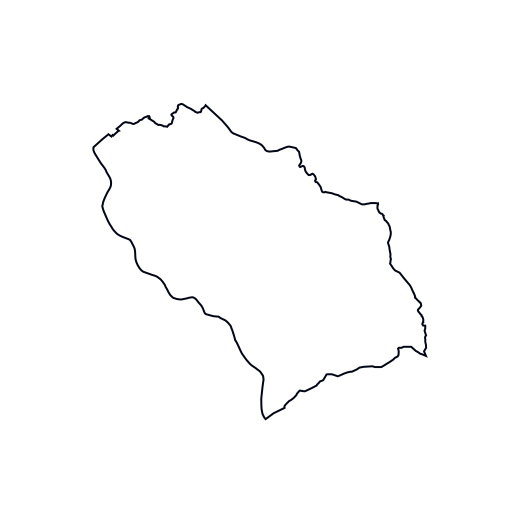 Remeti, Maramures, Romania, rotated 220°
{"feature_id": "2599482B63356743663570", "entity_name": "Remeti", "entity_type": "district", "adm_level": 2, "iso_a3": "ROU", "parent_name": "Romania", "parent_adm1": "Maramures", "projection": "robinson", "projection_center": [23.579, 47.979], "detail": "fine", "context": "isolated", "style": "outline", "palette": "ink", "viewbox_px": 512, "rotation_deg": 220, "n_neighbors": 0, "source": "geoboundaries", "source_scale": "gbopen_adm2", "svg_char_len": 6094}
<svg xmlns="http://www.w3.org/2000/svg" viewBox="0 0 512 512"><g transform="rotate(220 256 256)"><path d="M221.3,358.7L223.0,357.3L224.3,356.8L227.5,356.4L231.1,355.5L232.1,355.5L235.0,354.0L238.1,352.9L243.4,349.9L244.2,349.6L244.4,348.9L245.1,348.3L245.5,348.0L246.2,347.8L246.5,347.8L247.7,348.3L250.8,350.4L253.2,351.1L256.4,351.8L256.8,351.7L257.6,351.1L258.0,351.1L258.8,351.4L259.3,351.9L259.3,352.4L259.2,352.9L259.3,353.2L260.6,354.2L261.7,354.9L264.0,355.5L265.5,355.4L265.8,355.1L266.5,353.0L267.0,352.4L267.6,351.9L268.5,351.9L271.0,352.3L272.5,352.8L273.8,353.5L275.5,355.0L276.5,355.4L277.4,355.4L278.2,354.9L279.2,352.8L279.5,352.5L280.3,352.6L281.1,353.1L281.3,354.2L281.3,355.6L281.9,357.4L282.4,358.0L283.3,358.7L285.0,359.6L286.7,360.8L290.0,363.5L292.2,363.7L294.9,364.3L300.3,361.5L301.3,360.8L302.2,359.7L303.2,358.1L305.6,353.6L306.2,352.7L307.0,350.6L308.2,349.3L310.6,346.9L312.0,345.4L313.4,344.2L315.4,343.3L317.2,343.2L319.1,344.0L321.2,344.4L323.1,344.6L325.4,344.3L326.8,344.0L329.1,343.2L332.6,341.7L335.0,340.6L337.7,339.8L339.4,339.6L340.8,339.2L345.0,337.6L346.1,337.3L348.8,336.4L351.2,335.7L351.7,335.4L353.4,335.2L354.6,335.2L358.6,336.2L360.8,336.7L369.3,338.0L391.5,339.1L391.3,338.1L391.4,336.4L391.5,335.5L392.0,334.5L392.1,333.8L392.0,333.2L391.4,332.3L391.0,331.4L390.9,330.6L391.3,330.4L392.4,329.0L392.9,328.1L395.2,327.4L396.3,327.5L398.9,327.0L399.9,327.0L404.3,325.8L409.4,325.2L410.9,324.6L411.9,322.9L412.5,321.6L412.4,321.1L412.0,320.2L411.0,319.5L410.7,319.0L410.7,318.1L410.4,317.7L410.6,317.4L410.4,316.3L410.0,315.3L409.9,314.5L409.9,314.3L410.0,314.1L411.0,313.3L411.8,310.1L411.7,309.9L410.7,309.4L408.9,309.4L408.5,309.2L408.0,308.7L407.7,308.3L407.5,307.0L406.3,304.4L405.8,303.3L405.9,302.8L407.0,301.1L406.9,301.0L407.2,300.6L407.1,297.9L407.7,297.7L409.1,296.8L410.1,296.0L411.3,295.9L413.2,295.1L414.2,294.5L414.7,294.1L414.7,293.9L414.9,293.7L416.0,293.4L417.0,293.4L418.3,293.0L418.8,293.0L419.7,293.3L421.3,293.3L422.5,293.0L424.6,292.8L426.1,292.5L425.9,293.0L425.9,293.3L426.9,294.0L427.3,293.6L427.6,293.5L427.6,294.2L427.7,294.3L427.9,294.4L428.3,294.0L428.9,293.5L429.6,291.9L430.5,290.5L430.8,289.6L431.0,287.7L431.1,287.1L432.5,285.0L432.4,283.7L432.7,282.4L433.9,280.0L434.2,279.1L434.5,278.7L435.0,278.1L437.3,277.4L438.6,276.8L439.4,276.1L441.9,274.8L442.5,273.9L442.6,273.5L443.0,273.0L443.4,271.1L443.6,268.9L444.5,263.8L441.5,263.8L441.8,263.3L441.9,262.8L442.5,258.6L442.7,256.5L443.6,256.5L443.5,254.6L447.3,254.4L448.8,246.2L450.4,234.9L449.3,233.3L448.4,232.5L447.1,231.7L444.8,230.7L437.8,228.4L434.2,227.3L428.5,226.0L426.2,225.2L424.4,224.2L418.4,222.1L416.9,221.3L415.7,220.5L414.4,219.3L413.1,217.7L412.2,216.2L411.5,214.0L410.7,209.1L409.3,203.7L408.0,199.7L406.0,195.8L405.7,195.3L404.5,194.4L401.6,192.5L394.4,188.9L391.5,187.5L388.7,186.4L385.8,185.5L383.6,184.7L381.1,184.1L377.5,183.7L376.0,183.7L373.3,184.1L370.7,184.8L364.6,186.9L363.0,187.3L362.4,187.3L362.3,187.2L360.3,186.6L355.6,184.6L353.7,183.6L351.6,181.8L347.9,177.8L346.3,176.2L343.9,174.5L340.9,173.0L337.3,171.8L334.4,171.3L332.2,171.5L323.3,174.8L321.0,175.8L320.1,176.1L318.2,176.6L314.1,176.8L311.1,176.3L307.1,175.2L305.7,174.4L301.9,173.0L300.3,172.2L296.7,171.0L293.1,170.7L291.9,171.0L288.9,172.2L286.1,174.0L285.0,175.0L282.6,178.0L281.7,179.1L281.1,180.2L279.0,182.7L278.1,183.6L277.2,184.0L275.7,184.3L273.8,184.3L270.3,183.5L266.2,182.9L264.1,182.2L262.5,181.5L260.7,180.4L258.7,179.4L257.5,179.2L256.7,179.4L250.1,182.4L245.6,185.5L243.4,185.6L238.5,186.9L236.2,187.0L234.5,186.9L231.1,186.3L230.2,186.0L227.9,184.6L226.8,184.1L221.1,180.5L217.8,178.1L217.5,178.0L217.3,178.1L213.7,176.7L205.5,172.8L203.6,172.1L196.6,170.3L191.4,169.5L189.3,169.4L184.3,169.9L178.9,170.1L177.9,170.0L173.8,168.8L172.9,168.2L170.8,166.2L166.8,159.8L160.2,150.0L155.6,144.7L153.6,142.6L150.7,140.1L149.1,139.0L146.1,137.7L143.8,137.2L141.4,147.0L136.5,158.0L137.3,158.8L137.7,159.4L137.8,161.1L137.7,162.7L137.4,166.1L136.7,167.9L136.0,170.9L135.8,172.5L135.7,175.5L136.1,176.7L136.1,179.7L136.0,181.0L132.5,183.1L131.7,183.7L131.0,185.0L130.2,186.7L128.3,190.9L126.3,195.8L126.6,196.7L126.5,197.3L126.3,199.5L126.4,200.8L126.0,201.7L125.1,203.1L124.8,203.9L124.8,204.8L125.8,210.5L125.5,211.1L122.2,213.9L120.6,214.7L116.1,216.4L115.0,218.3L113.0,222.5L111.1,225.7L109.3,228.0L108.1,229.1L105.7,234.3L105.0,237.0L102.4,240.2L96.0,246.3L93.5,247.4L88.6,251.5L87.3,255.1L86.6,257.4L85.5,260.6L84.3,264.8L84.1,267.4L82.9,270.0L83.2,271.8L85.3,274.6L87.7,276.5L87.5,277.6L85.5,279.2L84.6,281.3L78.8,286.2L72.6,286.0L70.0,286.5L67.3,286.7L65.8,287.4L61.6,288.7L64.3,290.1L64.8,290.3L66.0,291.0L66.7,295.0L68.5,297.0L71.2,299.1L72.6,300.8L73.6,301.7L74.0,302.1L74.6,303.2L74.6,304.4L78.8,307.1L79.8,309.3L81.0,310.8L81.6,311.4L82.4,310.7L83.4,310.2L84.6,310.6L85.0,311.0L85.4,312.2L85.2,312.7L85.8,313.1L86.6,314.5L88.5,315.9L89.3,316.3L90.5,316.4L90.7,316.5L91.0,317.1L93.2,317.2L94.2,317.6L96.0,317.8L97.1,318.4L97.3,318.7L97.4,319.1L97.3,321.8L97.4,323.9L97.7,324.4L99.0,325.4L99.9,325.9L100.3,325.7L101.3,326.0L101.7,325.8L102.2,326.0L104.1,326.0L106.1,326.4L107.0,326.2L107.9,326.7L108.1,327.3L109.5,328.1L111.0,328.8L111.5,329.2L112.2,329.3L116.9,331.6L119.3,332.5L128.0,334.0L134.7,335.4L135.4,335.5L139.8,334.4L141.1,334.4L143.7,334.9L145.0,335.4L148.4,336.3L149.2,337.9L150.1,339.1L150.5,340.2L152.7,341.8L154.1,343.8L157.6,346.6L159.8,348.7L163.0,350.7L163.5,351.1L163.8,351.9L164.3,354.0L165.8,357.6L166.6,359.0L167.5,360.3L168.5,361.3L170.2,362.5L171.7,363.8L173.0,364.7L174.6,365.3L175.2,365.7L176.3,366.0L178.0,366.2L178.8,366.5L180.0,366.3L180.5,366.3L183.4,367.9L183.8,368.3L184.1,368.9L184.6,368.7L185.8,369.3L186.5,369.3L187.5,368.8L189.2,368.6L189.6,368.6L190.0,369.0L191.3,369.3L191.9,369.8L192.7,370.0L193.5,370.5L194.0,371.0L194.6,371.9L195.2,372.5L195.5,373.2L195.5,373.8L196.2,374.6L196.4,374.8L196.9,374.3L198.1,373.6L199.9,372.2L201.4,370.9L202.5,369.9L203.2,368.8L204.5,367.4L206.1,365.3L207.7,363.9L208.6,363.5L214.0,362.2L216.3,360.8L218.9,359.3L221.3,358.7Z" fill="none" stroke="#020617" stroke-width="2"/></g></svg>